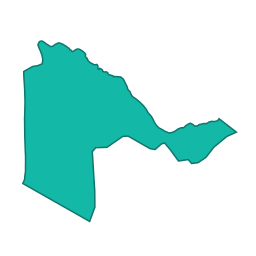 Belén, Salto, Uruguay, rotated 357°
{"feature_id": "84410073B21577121406098", "entity_name": "Belén", "entity_type": "district", "adm_level": 2, "iso_a3": "URY", "parent_name": "Uruguay", "parent_adm1": "Salto", "projection": "equal_earth", "projection_center": [-57.672, -30.856], "detail": "fine", "context": "isolated", "style": "filled", "palette": "teal", "viewbox_px": 256, "rotation_deg": 357, "n_neighbors": 0, "source": "geoboundaries", "source_scale": "gbopen_adm2", "svg_char_len": 2144}
<svg xmlns="http://www.w3.org/2000/svg" viewBox="0 0 256 256"><g transform="rotate(357 128 128)"><path d="M161.6,131.1L158.9,129.5L156.6,127.0L154.8,124.0L153.3,120.3L151.9,117.6L148.8,113.7L147.2,110.3L144.7,106.7L141.4,103.0L137.4,99.3L134.8,97.4L133.7,96.2L132.6,94.0L131.8,91.6L130.0,89.8L129.2,86.5L127.3,82.1L125.9,78.9L123.5,76.7L121.1,76.3L118.7,76.0L116.8,75.9L116.2,76.2L115.7,75.1L114.9,74.8L111.9,73.8L111.0,73.1L110.6,71.7L109.4,70.8L107.1,70.8L106.5,70.5L105.8,70.2L105.7,69.1L104.9,68.1L104.3,67.8L103.4,67.1L102.7,66.9L102.3,67.3L102.2,67.8L101.7,67.9L101.4,67.7L101.2,67.0L101.1,66.0L101.2,64.8L101.2,64.5L100.8,63.6L100.6,63.3L100.3,63.0L99.8,62.9L99.5,62.9L99.0,63.1L98.4,63.2L98.0,63.0L97.2,62.9L95.4,61.7L94.5,61.3L93.9,60.9L92.0,59.1L91.4,58.3L91.4,57.4L91.2,57.2L90.9,56.9L90.9,56.4L90.7,56.1L90.1,55.8L89.6,55.1L89.3,54.4L89.2,53.7L89.4,53.1L89.5,52.4L89.4,51.9L88.8,51.0L88.1,50.3L87.0,49.1L85.3,47.9L84.3,47.2L83.3,46.7L82.3,46.5L81.3,46.5L79.7,47.1L78.2,48.2L76.7,48.8L76.4,48.8L75.2,47.3L74.3,47.0L73.5,45.6L70.8,43.4L67.4,41.0L63.9,39.4L61.9,39.7L61.0,40.2L59.5,40.8L57.2,42.5L54.9,42.6L51.5,40.2L49.1,38.3L47.0,36.7L44.9,36.7L43.6,37.7L42.4,40.2L43.1,42.8L44.6,46.7L45.9,50.9L46.5,55.1L45.7,59.4L41.2,61.0L35.9,61.6L28.1,65.5L26.8,66.2L26.7,70.9L26.7,74.4L26.8,78.6L26.8,84.0L26.7,88.6L26.6,94.5L26.4,98.5L25.9,104.6L25.8,106.8L25.6,108.7L25.2,112.8L24.9,120.4L24.7,125.0L24.5,130.3L24.4,135.4L24.3,141.0L24.2,146.1L24.2,150.4L24.0,155.0L23.8,158.5L23.6,161.1L23.5,163.1L23.4,165.6L22.5,170.5L21.9,174.3L20.0,177.9L84.8,219.3L90.8,205.3L91.5,189.3L91.1,149.8L94.7,146.0L106.0,146.2L122.3,136.1L127.7,136.1L148.8,149.7L153.9,150.9L160.5,145.7L163.8,144.9L168.9,151.7L176.7,163.6L186.5,162.7L189.7,166.8L196.1,166.3L204.2,161.5L212.8,151.6L226.3,141.6L236.0,137.8L219.4,123.5L217.9,125.4L216.1,125.8L214.6,126.1L211.8,125.7L209.1,126.3L206.8,127.7L204.3,127.5L201.6,128.0L199.3,128.3L197.5,129.5L194.7,129.6L192.8,127.7L190.6,126.5L188.0,127.4L185.5,129.0L183.5,130.7L181.4,130.5L178.1,131.5L174.5,133.8L171.3,134.9L168.8,135.1L164.7,133.2L161.6,131.1Z" fill="#14b8a6" stroke="#0f766e" stroke-width="1.5"/></g></svg>